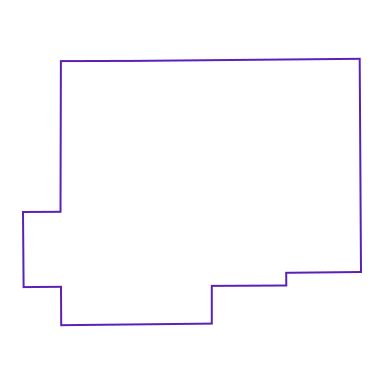 the district of Putnam, Ohio, United States of America
{"feature_id": "52423323B37159201054732", "entity_name": "Putnam", "entity_type": "district", "adm_level": 2, "iso_a3": "USA", "parent_name": "United States of America", "parent_adm1": "Ohio", "projection": "orthographic", "projection_center": [-84.197, 41.013], "detail": "fine", "context": "isolated", "style": "outline", "palette": "violet", "viewbox_px": 384, "rotation_deg": 0, "n_neighbors": 0, "source": "geoboundaries", "source_scale": "gbopen_adm2", "svg_char_len": 285}
<svg xmlns="http://www.w3.org/2000/svg" viewBox="0 0 384 384"><path d="M23.0,212.0L23.6,287.1L61.0,286.8L61.2,325.2L211.8,323.6L211.8,285.9L286.3,285.5L286.2,272.8L361.0,272.0L359.7,58.8L134.5,60.9L60.9,61.1L60.5,211.8L23.0,212.0Z" fill="none" stroke="#5b21b6" stroke-width="2"/></svg>